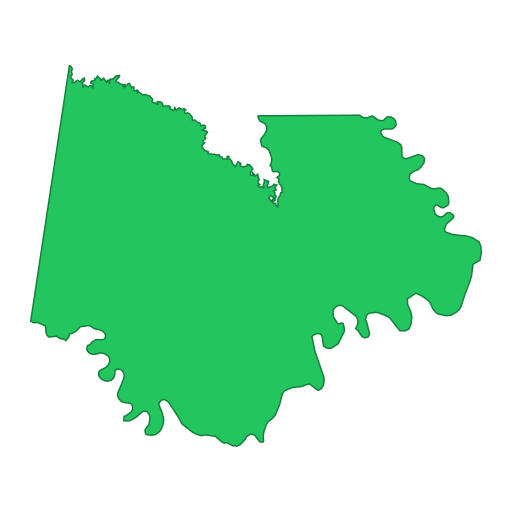 the district of Cabuyaro, Meta, Colombia
{"feature_id": "7082276B93566761030806", "entity_name": "Cabuyaro", "entity_type": "district", "adm_level": 2, "iso_a3": "COL", "parent_name": "Colombia", "parent_adm1": "Meta", "projection": "albers", "projection_center": [-72.967, 4.313], "detail": "fine", "context": "isolated", "style": "filled", "palette": "green", "viewbox_px": 512, "rotation_deg": 0, "n_neighbors": 0, "source": "geoboundaries", "source_scale": "gbopen_adm2", "svg_char_len": 6000}
<svg xmlns="http://www.w3.org/2000/svg" viewBox="0 0 512 512"><path d="M30.7,321.2L33.2,322.5L35.6,322.8L37.0,322.3L45.4,325.9L46.2,333.4L47.5,335.8L49.2,337.1L56.6,336.2L59.7,338.4L64.7,339.5L65.8,340.6L68.5,337.5L69.6,333.9L72.8,333.1L76.0,331.3L80.3,326.7L89.5,325.5L94.8,328.9L100.5,330.0L103.0,331.5L104.9,333.5L105.6,335.3L104.9,338.8L102.6,339.7L96.2,339.6L91.8,342.1L91.0,343.5L89.0,345.1L87.8,345.3L87.2,346.6L86.8,349.3L87.6,351.2L89.7,353.4L92.8,354.4L98.0,353.7L100.2,352.8L104.1,353.5L107.8,355.7L109.3,357.5L109.8,360.9L108.7,364.3L106.4,367.1L100.0,370.4L98.7,372.1L98.7,375.7L101.2,379.0L104.3,380.6L107.5,381.2L111.3,380.2L113.6,378.0L114.8,374.9L115.0,370.9L116.9,369.0L120.9,369.4L123.3,372.0L124.2,374.9L123.9,378.2L117.7,393.4L117.5,395.7L119.1,399.2L121.5,401.6L124.4,402.6L130.3,403.3L131.9,404.9L132.7,406.9L132.4,409.9L130.9,412.2L125.0,416.3L124.1,416.3L123.8,420.9L129.8,420.8L136.3,417.1L142.3,411.8L144.3,411.1L146.9,411.6L149.2,414.3L150.0,418.0L149.0,424.4L145.0,429.8L145.2,432.4L145.7,434.0L146.9,434.8L152.5,435.2L155.9,434.4L159.8,431.3L161.7,428.2L163.4,423.1L163.7,419.2L162.3,413.2L159.0,405.0L159.0,403.0L161.4,400.2L164.0,399.4L167.6,401.3L169.6,403.6L179.6,419.2L181.8,423.8L192.6,432.3L196.0,434.0L201.4,435.7L206.0,434.9L215.3,436.3L222.3,442.3L224.2,443.1L227.0,442.7L233.3,446.0L235.0,445.6L236.7,446.2L240.4,444.5L245.4,439.1L246.4,436.7L250.9,434.0L254.7,435.1L259.7,441.8L262.7,442.2L263.6,441.3L263.1,436.3L264.2,430.5L266.6,423.9L268.0,421.8L272.6,418.3L275.2,415.3L279.7,404.4L282.3,394.1L284.1,391.0L292.6,387.4L301.5,386.6L308.2,384.0L310.0,384.3L316.8,389.6L318.5,390.3L320.8,389.0L323.0,386.0L324.1,381.4L324.0,377.4L315.0,351.5L311.9,336.6L312.7,335.5L316.3,333.8L319.2,333.6L320.7,334.2L322.2,336.7L323.5,345.9L325.4,347.4L328.2,348.4L331.4,348.1L338.1,343.9L344.4,331.3L344.4,328.5L343.1,323.6L341.7,322.9L339.4,323.8L337.6,323.6L333.6,317.2L332.9,311.9L333.3,309.9L334.9,307.6L337.8,305.7L340.6,305.3L342.7,305.9L355.7,316.0L357.1,317.9L357.9,321.3L357.6,324.5L355.7,328.7L357.9,330.4L361.9,336.5L364.7,337.9L368.1,337.0L369.7,334.0L366.5,321.6L365.4,319.9L366.6,315.3L368.8,313.3L375.4,312.4L378.2,312.7L387.2,316.2L389.8,318.0L399.9,330.8L405.3,330.8L409.1,328.9L411.1,323.6L411.8,317.2L410.9,312.1L407.6,304.4L407.4,298.9L415.9,293.2L421.9,296.0L427.8,300.1L430.2,302.8L432.7,308.5L435.5,312.1L438.1,314.0L446.0,315.7L450.8,315.3L456.5,312.1L459.1,309.7L460.9,306.9L465.1,293.8L470.0,281.2L471.6,275.5L472.9,264.9L473.6,263.9L480.0,260.2L481.3,252.8L480.9,246.7L479.2,242.0L472.5,237.7L467.0,236.1L452.6,234.6L445.6,232.0L444.6,230.6L444.7,228.5L446.2,224.3L453.3,217.9L453.8,216.3L453.2,214.8L450.1,212.8L448.2,212.7L446.6,213.1L443.3,216.3L440.6,217.0L438.7,216.6L435.3,214.2L433.7,209.1L434.1,206.6L436.0,204.9L437.5,205.1L440.8,207.4L443.5,207.8L448.1,205.0L448.9,202.1L448.2,196.2L445.7,192.4L441.5,188.5L439.3,188.0L434.7,188.8L431.6,188.6L423.5,184.4L416.7,183.7L410.2,180.9L409.2,178.2L409.9,174.1L414.1,171.2L418.4,169.5L420.9,167.1L424.0,162.8L424.5,158.3L422.3,155.5L417.8,154.7L407.2,158.5L404.0,158.5L402.0,156.5L401.7,146.9L400.5,144.4L396.9,142.0L383.7,137.1L382.4,135.8L380.5,132.2L381.7,130.0L384.7,128.9L391.9,129.0L394.0,127.8L396.2,124.8L395.6,121.0L394.2,118.9L391.2,117.1L387.4,116.7L383.2,120.5L381.5,120.7L378.1,120.0L372.7,116.1L370.8,116.2L367.9,117.7L364.3,117.8L361.5,116.7L359.8,115.2L258.1,115.8L258.1,117.2L259.6,120.8L265.1,123.8L266.8,127.0L266.7,129.7L264.9,133.8L260.5,139.4L261.5,145.3L262.3,146.4L266.2,147.8L269.0,150.3L271.7,158.2L271.5,162.2L270.1,165.6L271.5,167.0L272.5,171.3L273.4,171.8L277.5,171.4L279.6,173.2L279.5,175.4L276.9,177.4L278.5,178.5L278.9,179.8L278.4,181.5L279.8,184.3L280.9,185.0L281.4,187.1L282.7,188.1L281.8,189.5L282.3,192.4L280.8,192.6L280.2,195.2L278.0,198.6L277.9,206.9L276.1,205.8L275.6,203.2L273.8,203.5L272.7,202.9L272.8,201.7L275.2,200.3L275.1,199.0L273.2,198.6L271.4,201.4L270.0,199.5L268.7,198.8L269.5,196.5L271.2,195.6L273.6,197.8L275.1,198.1L275.8,197.4L276.2,196.0L274.7,195.1L275.0,193.1L273.7,190.6L276.1,190.0L275.0,187.3L276.8,185.1L274.0,184.2L272.4,186.1L267.5,187.7L267.2,186.5L268.7,181.5L264.2,179.6L264.5,181.9L263.3,184.5L264.1,187.2L263.2,188.0L262.2,186.7L259.3,187.2L258.0,186.0L259.9,184.5L258.2,183.4L257.8,181.2L259.3,179.5L258.3,178.2L257.8,174.2L255.6,175.9L252.6,172.7L253.2,175.5L250.2,174.8L250.9,171.5L252.8,168.7L249.8,164.9L247.3,164.3L246.6,166.0L243.5,166.8L240.2,166.3L240.8,163.5L238.1,161.7L235.3,166.6L232.4,163.4L231.4,160.5L229.2,158.5L228.8,156.3L227.0,156.6L227.3,159.1L222.9,158.9L221.9,157.1L220.2,156.9L219.0,154.5L217.0,155.3L215.6,154.5L208.1,153.8L208.2,151.6L204.7,150.5L201.8,146.6L202.0,145.4L204.5,142.9L203.1,142.4L203.0,140.9L205.8,138.3L204.6,136.4L204.8,135.6L207.5,132.5L207.0,131.5L202.6,130.1L205.3,128.2L205.4,126.0L204.0,125.1L200.9,125.7L199.9,123.1L197.0,122.0L194.7,120.0L192.5,120.3L192.1,117.0L189.3,113.6L187.4,112.8L185.9,113.7L184.8,112.7L184.4,111.0L185.7,110.0L184.4,108.7L181.5,109.3L179.2,107.8L176.4,110.1L174.9,107.6L173.7,110.3L173.0,110.6L172.0,109.5L169.9,109.1L170.2,106.8L168.9,105.8L163.0,106.2L162.1,102.8L160.4,101.9L157.3,101.6L157.9,104.3L157.1,104.6L155.6,102.9L154.0,102.9L152.0,101.7L152.8,99.4L149.4,95.8L147.4,95.5L146.0,94.5L142.8,94.9L138.7,92.2L137.2,92.8L137.1,91.5L138.1,91.0L137.3,90.0L134.4,90.9L133.6,89.1L134.0,87.2L133.0,86.8L131.6,87.6L129.3,83.4L128.2,83.7L124.7,87.1L124.9,84.5L124.0,84.8L123.1,86.2L122.5,84.4L120.1,83.9L117.9,82.2L116.0,82.1L115.8,81.0L119.7,76.2L119.1,75.4L116.1,75.8L112.8,79.1L109.9,79.2L109.5,84.2L108.6,80.3L107.4,80.4L107.1,82.1L106.5,82.4L103.7,78.1L101.2,80.3L100.1,78.5L97.3,76.2L96.2,78.3L94.6,78.8L94.7,80.4L91.6,81.1L90.7,82.1L90.8,83.1L93.2,84.3L92.8,87.5L91.2,85.7L90.1,85.6L87.9,86.9L84.9,85.0L83.0,86.9L83.0,84.4L82.2,83.0L84.7,80.6L84.4,78.1L82.5,78.9L80.1,81.8L77.4,80.2L74.1,82.7L72.3,82.7L73.3,80.1L70.4,77.4L72.2,74.5L71.4,71.4L72.4,68.8L70.6,66.0L69.4,65.8L30.7,321.2Z" fill="#22c55e" stroke="#15803d" stroke-width="1.5"/></svg>